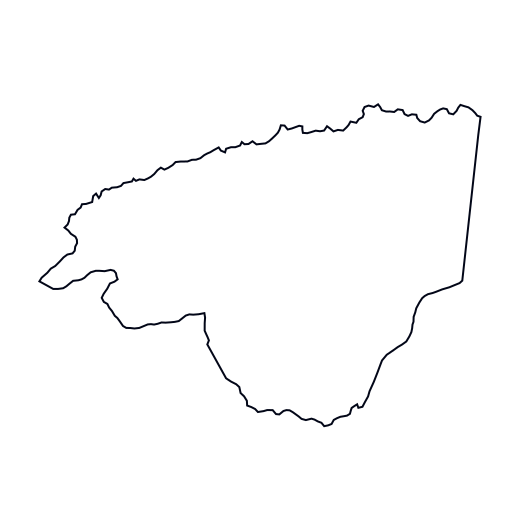 Figueirópolis D'Oeste, Mato Grosso, Brazil (Mercator projection), rotated 274°
{"feature_id": "56859067B94732252375556", "entity_name": "Figueirópolis D'Oeste", "entity_type": "district", "adm_level": 2, "iso_a3": "BRA", "parent_name": "Brazil", "parent_adm1": "Mato Grosso", "projection": "mercator", "projection_center": [-58.701, -15.494], "detail": "fine", "context": "isolated", "style": "outline", "palette": "ink", "viewbox_px": 512, "rotation_deg": 274, "n_neighbors": 0, "source": "geoboundaries", "source_scale": "gbopen_adm2", "svg_char_len": 3431}
<svg xmlns="http://www.w3.org/2000/svg" viewBox="0 0 512 512"><g transform="rotate(274 256 256)"><path d="M271.0,63.0L268.3,67.0L265.2,69.8L262.6,74.5L259.7,76.2L256.3,76.6L252.7,75.0L248.6,74.8L245.8,72.8L244.3,67.7L241.2,64.1L236.8,60.6L232.0,56.4L229.1,52.2L224.7,49.0L219.4,43.7L215.6,41.7L209.0,56.0L209.4,61.2L210.4,65.9L212.5,68.9L215.4,71.9L218.5,75.3L219.4,80.5L220.5,83.6L222.3,86.4L225.1,88.9L228.2,92.2L230.1,97.3L230.3,100.7L230.3,106.1L232.0,111.9L231.4,115.3L229.1,117.5L226.0,118.3L223.1,119.6L220.5,116.6L218.4,112.2L213.0,109.9L207.7,106.7L203.5,105.0L199.6,107.4L197.8,111.1L194.3,113.1L191.0,116.2L186.5,119.3L184.5,122.0L181.3,124.7L176.9,128.2L175.2,131.6L175.4,135.6L175.2,139.8L176.1,144.6L177.9,148.2L180.2,152.8L180.7,156.0L180.5,159.1L181.5,162.6L183.1,166.4L183.2,170.4L183.9,175.4L184.6,179.5L185.7,183.5L191.7,190.1L193.1,193.6L193.1,197.5L193.9,202.8L195.4,208.5L191.0,209.5L185.5,209.5L177.9,210.0L174.7,211.7L171.6,213.4L168.5,214.9L164.4,213.6L131.9,234.7L129.0,239.8L126.7,245.2L124.1,248.5L118.2,250.2L115.2,253.9L110.9,257.0L106.2,257.6L105.0,261.8L103.3,265.8L100.5,268.8L101.8,274.4L103.1,277.9L103.4,283.4L99.7,287.0L99.6,290.3L103.3,294.2L104.4,297.1L104.4,300.3L102.7,303.7L98.9,309.8L96.7,312.8L95.8,317.2L97.6,322.7L96.9,325.8L95.3,329.2L94.2,332.9L91.0,335.9L92.1,339.8L93.7,343.1L97.9,345.0L99.9,348.2L101.5,351.4L102.2,354.4L103.1,357.9L105.1,360.7L108.2,361.3L111.1,362.0L113.1,364.5L115.1,367.2L111.7,368.7L113.0,372.7L118.0,374.9L123.7,377.6L129.0,378.7L138.7,382.3L147.9,385.2L156.7,387.8L160.6,389.0L166.6,393.3L171.9,400.0L175.0,403.7L177.8,407.8L181.2,411.9L186.5,414.6L190.9,416.3L194.7,416.8L198.5,416.9L201.4,417.7L206.3,417.5L210.9,418.8L215.0,419.5L221.0,422.2L225.5,424.7L227.8,427.0L229.9,430.2L231.4,434.8L232.8,438.0L235.7,444.1L238.3,451.1L240.0,454.5L243.2,461.0L245.8,463.5L392.5,469.3L410.5,470.3L411.4,466.9L413.9,464.7L416.6,461.7L419.1,457.6L420.0,453.4L421.0,449.4L418.1,447.4L414.8,446.0L411.1,442.9L411.8,438.6L415.8,436.1L416.3,432.4L415.0,429.5L413.1,426.9L410.3,423.8L406.1,421.5L403.3,419.1L400.9,415.0L401.9,410.3L404.9,407.2L408.1,406.1L408.2,401.6L406.4,397.9L407.9,394.3L411.8,392.1L412.2,387.2L409.3,383.8L409.5,379.6L409.2,375.6L410.2,371.4L413.2,369.5L415.8,367.2L412.9,363.3L413.9,357.8L412.2,353.9L408.3,352.3L405.1,353.7L401.9,352.7L399.6,349.0L395.9,346.8L396.7,340.9L393.1,339.2L390.7,337.4L387.2,334.2L387.5,328.9L385.7,324.6L388.3,321.1L390.4,317.8L385.9,315.2L384.9,311.2L385.2,306.8L383.3,302.0L382.1,298.6L382.1,294.2L385.4,293.4L388.5,293.2L388.9,290.0L387.4,286.6L385.7,282.8L384.4,278.8L388.1,275.4L388.1,271.7L383.8,270.7L380.5,269.2L377.9,267.1L374.7,264.2L371.4,261.0L369.0,257.6L368.2,253.0L367.4,248.7L370.2,244.5L367.2,240.7L366.7,236.7L368.7,233.9L365.1,232.4L363.1,227.8L362.8,223.5L360.9,218.7L357.2,217.9L358.7,213.6L361.7,211.2L358.7,206.5L356.3,203.1L354.9,200.3L353.0,197.3L349.7,193.7L347.9,189.5L347.5,185.4L345.5,181.0L345.0,174.4L344.1,169.2L340.9,166.5L337.8,162.3L335.8,158.6L337.5,154.9L334.7,151.7L330.6,148.7L327.7,145.6L325.8,142.7L324.0,139.3L324.3,134.4L322.6,131.0L324.6,128.4L321.7,127.0L320.6,123.0L319.5,118.7L316.5,116.4L314.9,112.6L314.1,107.4L312.0,104.7L312.3,100.9L309.6,97.5L305.7,96.8L302.9,95.2L307.1,92.1L304.4,89.4L298.4,88.8L296.1,82.9L295.5,78.8L292.1,77.7L289.6,74.8L285.0,72.5L284.3,68.5L281.2,67.1L277.8,67.0L274.3,65.9L271.0,63.0Z" fill="none" stroke="#020617" stroke-width="2"/></g></svg>